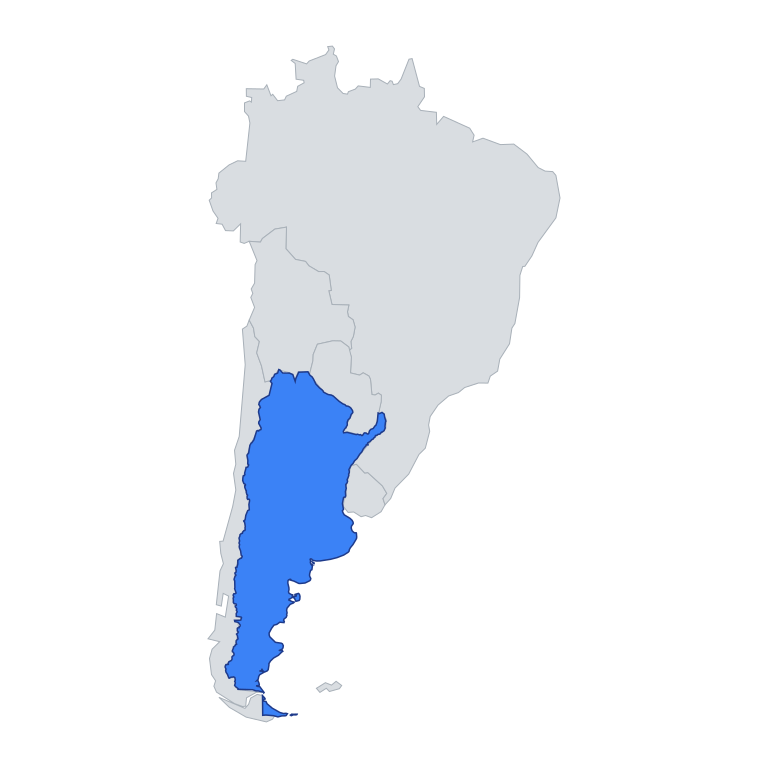 Argentina and the surrounding countries
{"feature_id": "ARG", "entity_name": "Argentina", "entity_type": "country or territory", "adm_level": 0, "iso_a3": "ARG", "parent_name": "South America", "parent_adm1": "", "projection": "equal_earth", "projection_center": [-65.46, -38.417], "detail": "fine", "context": "with_neighbors", "style": "filled", "palette": "blue", "viewbox_px": 768, "rotation_deg": 0, "n_neighbors": 6, "source": "natural_earth", "source_scale": "50m", "svg_char_len": 10935}
<svg xmlns="http://www.w3.org/2000/svg" viewBox="0 0 768 768"><path d="M262.4,695.5L262.9,715.4L274.8,715.7L272.5,719.2L266.4,721.9L246.1,717.1L229.4,707.4L218.9,697.3L245.0,708.4L248.6,704.3L250.7,698.1L257.2,694.4L262.4,695.5ZM249.2,320.1L253.5,328.1L254.8,336.6L259.4,341.5L256.7,352.9L261.5,365.9L265.0,381.9L271.2,380.4L272.2,383.2L269.3,395.2L260.0,400.9L260.4,420.0L258.7,423.7L261.3,428.1L255.4,435.2L249.9,445.8L247.1,456.0L248.0,466.9L243.1,478.3L247.2,497.4L249.4,499.4L249.6,509.5L245.1,520.1L245.5,529.1L239.5,536.1L239.7,545.9L242.4,556.3L237.7,560.1L234.3,580.2L236.1,592.7L233.0,594.8L235.2,606.6L238.8,610.4L236.4,614.6L240.1,616.6L241.0,620.4L237.7,622.3L238.8,628.1L236.4,641.2L232.8,649.5L233.8,654.3L231.7,660.4L226.2,664.6L227.4,674.6L230.1,678.0L235.0,677.4L235.2,684.4L238.4,689.7L262.8,692.4L256.4,692.3L246.5,697.8L245.7,706.2L242.6,706.5L234.4,703.5L216.5,692.1L213.9,686.2L215.6,680.8L211.5,674.6L209.5,658.5L212.1,649.2L219.7,641.7L208.0,638.8L214.8,630.1L216.6,613.6L225.3,617.1L228.6,596.1L223.2,593.4L221.3,606.1L216.3,604.7L220.0,570.9L223.4,563.7L220.8,553.4L219.7,541.4L223.1,541.1L232.7,506.4L235.8,490.0L233.5,473.4L235.8,464.2L234.5,450.3L239.2,436.5L245.2,364.8L242.4,329.1L246.9,326.1L249.2,320.1Z" fill="#d9dde1" stroke="#a8b0b8" stroke-width="1"/><path d="M316.4,688.3L325.4,682.7L331.5,685.1L336.1,681.3L341.7,685.5L339.4,688.7L329.4,691.5L326.3,688.3L319.9,692.4L316.4,688.3Z" fill="#d9dde1" stroke="#a8b0b8" stroke-width="1"/><path d="M351.1,465.5L356.5,464.3L364.7,473.0L367.8,472.6L382.4,485.9L386.8,493.4L383.0,498.6L385.0,504.8L381.1,511.7L371.6,517.7L365.6,515.5L361.1,516.7L353.7,512.0L348.1,512.4L343.3,506.4L344.1,499.3L346.0,496.8L346.2,485.9L351.1,465.5Z" fill="#d9dde1" stroke="#a8b0b8" stroke-width="1"/><path d="M385.0,504.8L383.0,498.6L386.8,493.4L382.4,485.9L367.8,472.6L364.7,473.0L356.5,464.3L351.1,465.5L372.6,439.3L385.8,428.4L386.3,419.3L382.2,412.7L377.9,414.9L381.2,401.5L381.4,395.2L378.4,393.1L375.1,395.0L371.9,394.5L370.5,379.4L368.9,376.0L363.2,372.8L359.6,375.1L350.5,372.9L351.4,357.1L348.9,350.6L351.7,348.2L350.9,341.5L353.4,336.4L355.1,327.1L353.1,319.8L348.4,316.5L347.5,311.8L348.9,305.0L332.0,304.5L328.8,290.7L331.3,290.5L329.2,275.0L324.1,271.5L318.6,271.6L308.9,265.8L305.5,261.4L295.5,259.4L285.9,248.7L286.5,227.1L274.8,229.1L262.4,238.5L260.4,242.1L249.2,241.3L244.2,243.4L240.2,242.0L240.6,223.8L233.4,230.9L225.5,230.6L222.1,224.2L216.2,223.5L218.0,218.3L213.0,211.0L209.2,200.2L211.6,198.0L211.5,192.9L216.9,189.4L216.0,182.9L218.2,178.7L218.9,173.1L229.1,164.9L237.6,160.8L245.7,161.3L249.9,123.0L248.5,116.1L244.5,111.6L244.5,102.9L249.6,100.9L251.4,102.1L251.7,97.5L246.4,96.3L246.3,88.7L263.8,89.0L266.8,84.8L271.0,95.8L272.7,94.3L277.6,100.7L284.6,99.9L286.3,96.2L296.7,91.4L297.7,86.3L304.1,82.8L303.7,80.3L296.1,79.2L295.2,63.5L291.2,60.4L292.8,59.3L306.6,63.9L309.2,61.0L325.6,54.6L328.9,50.0L327.7,46.6L332.4,46.1L334.5,48.9L333.3,54.2L336.4,56.0L338.5,61.6L336.0,65.8L334.6,76.1L337.5,87.8L343.1,93.5L347.5,94.1L348.4,91.7L355.3,89.1L358.2,85.9L370.3,87.4L370.5,79.1L378.3,78.9L387.4,84.0L390.1,80.7L392.1,81.2L393.4,84.6L397.7,83.7L401.1,79.1L409.0,59.2L412.1,58.6L419.5,86.4L424.3,88.4L424.5,96.8L417.8,106.7L420.6,110.4L436.4,112.3L436.7,124.4L443.6,116.4L469.7,128.2L474.1,135.2L472.6,141.9L483.0,138.2L500.4,144.6L513.8,144.1L527.0,154.1L538.2,167.6L545.1,171.1L552.7,171.6L555.9,175.4L560.0,198.0L555.9,217.9L538.0,242.4L531.9,255.9L524.9,266.3L522.7,266.5L519.9,275.3L519.6,297.5L514.9,323.5L511.9,328.1L509.5,343.8L499.8,359.1L497.6,371.1L490.3,376.1L487.9,383.1L478.5,383.0L464.7,387.5L458.4,392.6L448.6,396.0L438.0,405.1L430.2,416.5L428.6,425.0L429.7,431.3L425.3,448.2L419.0,454.4L408.7,474.1L395.0,488.1L390.7,498.5L385.0,504.8Z" fill="#d9dde1" stroke="#a8b0b8" stroke-width="1"/><path d="M249.2,241.3L260.4,242.1L262.4,238.5L274.8,229.1L286.5,227.1L285.9,248.7L295.5,259.4L305.5,261.4L308.9,265.8L318.6,271.6L324.1,271.5L329.2,275.0L331.3,290.5L328.8,290.7L332.0,304.5L348.9,305.0L347.5,311.8L348.4,316.5L353.1,319.8L355.1,327.1L353.4,336.4L350.9,341.5L351.7,348.2L348.9,350.6L348.8,347.0L340.8,341.0L332.7,340.8L317.4,344.2L313.2,354.5L312.9,360.8L309.4,374.7L308.0,372.2L298.1,371.7L294.7,381.1L289.7,372.7L278.4,369.9L271.2,380.4L265.0,381.9L261.5,365.9L256.7,352.9L259.4,341.5L254.8,336.6L253.5,328.1L249.2,320.1L254.6,307.4L250.8,297.4L252.8,293.4L251.2,289.0L254.6,283.1L255.1,264.6L257.0,260.6L249.2,241.3Z" fill="#d9dde1" stroke="#a8b0b8" stroke-width="1"/><path d="M348.8,347.0L351.4,357.1L350.5,372.9L359.6,375.1L363.2,372.8L368.9,376.0L370.5,379.4L371.9,394.5L375.1,395.0L378.4,393.1L381.4,395.2L381.2,401.5L376.2,425.0L368.2,433.7L361.5,435.5L343.5,430.7L352.3,413.4L351.2,408.3L342.4,403.8L332.1,395.3L325.1,393.6L309.4,374.7L312.9,360.8L313.2,354.5L317.4,344.2L332.7,340.8L340.8,341.0L348.8,347.0Z" fill="#d9dde1" stroke="#a8b0b8" stroke-width="1"/><path d="M351.2,465.2L348.9,469.7L349.3,471.1L349.3,472.7L348.6,474.0L348.8,475.4L348.5,476.4L347.1,479.8L347.6,481.2L347.1,482.8L345.8,484.5L346.0,487.4L346.3,488.1L345.4,491.6L345.7,495.9L345.0,497.2L344.0,497.2L343.5,497.6L342.4,503.7L343.5,509.5L342.4,510.6L342.8,512.3L344.2,514.8L350.1,518.4L352.1,520.3L353.1,522.2L353.2,523.7L351.5,526.0L351.2,528.0L352.0,530.6L353.5,532.2L354.6,532.8L356.2,532.8L356.4,533.2L356.7,536.9L356.6,538.2L356.1,539.3L353.0,544.5L350.4,547.7L349.4,549.5L349.0,551.3L348.2,552.2L343.8,555.0L337.1,557.6L330.5,559.3L320.2,560.9L316.3,561.0L314.3,560.6L312.6,560.2L311.6,559.0L310.4,558.9L310.1,559.5L310.6,560.9L310.3,562.6L310.7,563.6L312.6,564.9L311.6,565.0L312.4,565.9L311.9,569.7L310.6,570.4L309.7,573.5L309.5,575.2L309.7,576.3L310.8,578.5L310.4,580.0L309.6,580.8L305.1,583.0L299.9,583.5L298.7,583.4L293.9,581.1L290.2,580.0L290.6,579.4L290.1,579.2L288.5,579.9L288.0,580.7L287.8,583.0L288.9,587.7L289.0,589.6L288.5,591.9L289.1,593.3L292.0,594.9L292.6,594.8L292.8,595.0L292.3,595.9L292.4,596.5L293.5,596.6L296.0,596.3L296.4,594.9L294.9,594.8L295.0,594.4L298.4,593.4L299.3,594.1L299.7,595.1L300.0,596.4L299.8,599.3L299.2,600.4L296.5,601.2L295.8,601.0L294.3,598.1L293.0,597.5L291.7,597.6L290.5,598.7L289.2,599.0L288.8,600.0L291.9,601.5L294.3,602.1L293.4,603.0L290.2,604.3L287.0,608.2L286.6,610.4L287.1,613.0L286.6,614.1L286.9,615.4L286.2,617.3L283.9,619.2L283.6,620.5L284.3,621.3L284.0,622.6L279.8,622.2L276.8,624.4L274.0,625.1L271.6,628.3L269.1,633.0L269.2,635.1L269.8,636.8L275.4,642.3L281.3,643.2L282.4,643.8L283.3,645.7L283.0,647.8L282.2,649.1L279.6,650.3L280.0,650.6L281.8,650.3L282.4,650.6L282.8,651.4L282.0,651.8L278.4,655.3L273.6,658.0L270.4,661.1L268.8,663.9L269.0,664.8L268.2,669.7L267.2,670.9L264.7,672.0L263.0,670.9L261.6,668.7L261.9,669.8L261.7,670.5L259.4,671.1L262.2,671.2L263.5,672.5L259.7,674.7L258.7,676.5L258.2,679.2L256.8,680.7L257.9,680.4L259.0,683.2L259.3,684.6L259.1,685.5L256.1,685.8L258.2,686.6L259.3,686.3L259.8,686.7L264.1,692.5L263.8,692.9L263.6,692.3L258.2,690.9L256.1,690.9L252.6,689.7L238.0,689.3L238.1,688.6L235.7,686.8L234.6,685.4L235.3,683.2L235.3,682.5L234.7,681.3L235.2,680.7L235.3,679.6L234.8,677.5L233.5,676.8L232.7,677.1L230.9,677.2L229.3,678.2L228.8,678.0L227.5,674.5L226.0,672.2L225.6,670.2L226.0,669.1L225.1,667.1L225.2,666.0L225.7,665.4L225.9,664.6L228.3,664.4L228.1,663.4L228.9,661.7L231.1,660.6L231.9,659.6L232.1,658.4L231.9,657.0L232.7,656.0L233.7,655.5L234.1,654.2L233.8,653.1L233.2,652.2L232.4,651.7L232.3,650.8L233.5,647.9L233.4,647.1L235.2,645.6L235.6,644.6L236.6,644.3L236.1,642.4L236.2,640.6L238.0,638.9L237.4,635.6L236.5,634.1L237.9,632.9L238.3,632.0L237.3,630.9L237.3,628.3L237.7,627.9L239.1,627.7L239.2,626.9L240.2,625.9L240.2,624.9L238.2,622.4L234.8,621.6L234.5,620.3L240.7,620.2L241.4,618.2L241.5,617.5L241.0,617.0L236.3,616.4L236.2,613.6L237.2,611.8L236.3,610.1L236.7,609.6L236.6,608.4L235.3,606.9L235.3,605.9L236.3,605.4L236.4,604.8L236.2,604.1L234.0,603.5L233.3,602.3L233.4,600.1L233.1,598.1L233.8,597.0L233.2,595.3L233.3,594.8L233.9,593.7L235.2,593.7L236.0,593.2L236.0,592.7L234.6,588.6L234.9,587.7L234.7,580.8L234.1,579.7L234.2,578.7L235.1,576.1L235.8,575.5L235.9,575.0L235.1,574.0L234.9,573.3L235.0,572.8L235.8,572.5L236.1,571.7L236.2,570.3L235.5,567.7L236.0,567.2L236.9,567.3L237.8,564.0L237.8,560.3L240.3,558.4L241.4,558.2L242.1,556.8L242.2,556.2L241.2,555.2L240.6,550.9L239.4,547.9L239.2,546.5L239.6,544.5L239.0,543.0L239.6,541.0L239.0,538.1L239.9,536.0L240.0,534.7L241.2,533.6L242.4,533.3L242.6,532.1L243.9,530.6L244.8,530.5L245.2,529.7L245.0,527.7L245.3,526.6L244.9,523.9L244.5,521.8L243.9,521.6L243.7,520.9L245.1,519.8L245.8,515.3L247.7,510.6L249.3,509.8L248.9,504.4L249.6,500.8L249.4,499.5L248.8,499.1L247.7,499.4L247.2,498.6L247.1,496.7L247.6,495.1L246.8,494.3L246.3,492.3L246.3,490.6L245.8,490.1L244.8,487.3L244.7,485.8L245.2,485.7L245.5,484.9L244.9,484.0L243.9,483.6L242.7,480.6L242.9,477.8L243.2,475.9L243.6,475.5L244.3,475.6L244.9,474.5L244.6,473.2L246.0,468.0L246.0,467.4L247.7,467.1L248.6,465.1L248.5,464.5L247.7,464.0L247.9,460.5L247.0,455.5L247.2,454.7L248.6,453.1L249.9,445.3L251.3,442.9L251.8,442.8L253.9,439.8L256.6,431.0L257.8,430.5L258.3,431.0L258.8,430.9L259.2,430.2L260.9,429.6L261.1,429.0L261.1,427.9L258.7,423.3L258.8,421.9L260.2,419.6L258.5,412.0L259.0,409.2L260.4,407.5L259.6,405.6L258.8,404.6L259.3,402.2L261.4,399.5L269.1,395.3L272.0,383.4L270.4,381.3L271.6,379.4L271.8,378.2L273.8,376.6L274.6,374.3L277.6,373.1L278.8,369.5L279.9,369.9L282.7,373.0L289.4,373.1L292.8,374.5L295.2,381.4L295.7,378.8L298.7,372.2L308.0,371.8L309.9,375.2L312.1,376.9L313.4,378.9L315.9,384.1L319.5,387.9L322.0,389.8L323.1,391.0L323.5,392.1L328.0,394.5L331.4,395.1L333.2,396.0L339.2,401.4L343.1,404.0L344.9,404.6L346.2,406.0L348.1,406.2L349.6,407.0L350.8,408.0L352.3,410.2L352.7,411.1L352.8,412.6L351.2,414.4L350.0,418.0L348.1,419.9L347.2,422.2L347.3,425.1L346.0,427.3L346.1,427.7L345.1,428.4L343.5,430.8L343.3,431.5L343.6,432.8L347.3,432.4L356.2,434.6L357.4,434.2L359.6,434.9L360.5,434.6L361.9,435.6L362.5,435.4L364.3,432.9L366.1,433.0L367.4,434.0L368.1,434.0L368.8,433.3L369.4,431.0L370.7,429.4L373.2,428.5L375.0,425.9L375.9,425.3L377.3,421.4L378.1,413.0L379.5,413.6L382.0,412.4L384.2,414.1L384.7,417.4L385.9,421.2L385.5,421.9L385.0,426.4L385.2,427.9L384.1,430.7L381.7,432.4L381.4,432.2L379.9,434.1L377.9,434.4L376.9,435.3L375.5,435.5L374.8,437.3L373.7,438.0L373.1,439.1L371.9,439.5L369.9,441.6L367.7,442.9L367.5,443.5L368.0,444.0L368.0,444.9L366.3,444.8L366.1,445.6L363.3,448.9L361.8,451.9L359.7,454.2L357.0,458.6L354.6,460.7L353.0,463.5L351.2,465.2ZM262.7,715.3L262.5,695.6L264.6,697.9L265.4,699.5L264.7,698.9L264.0,699.3L263.3,700.4L263.6,701.1L266.0,701.5L267.1,703.8L272.3,708.2L279.9,712.5L283.4,713.5L286.0,713.3L287.4,713.7L286.2,715.5L285.3,715.8L281.9,715.9L277.9,716.9L273.6,715.7L265.8,715.0L262.7,715.3ZM291.9,714.1L292.6,714.3L297.1,714.2L297.0,714.5L296.0,714.9L293.5,714.8L291.2,715.7L290.4,715.1L291.9,714.1ZM314.0,562.8L314.1,563.5L313.7,563.4L312.7,562.8L312.3,561.9L314.0,562.8Z" fill="#3b82f6" stroke="#1e3a8a" stroke-width="1.5"/></svg>